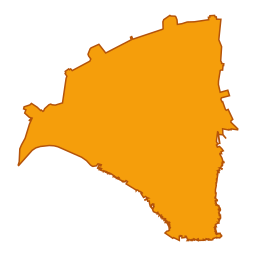 outline of Sector 1, Bucharest, Romania
{"feature_id": "2599482B44480573036225", "entity_name": "Sector 1", "entity_type": "district", "adm_level": 2, "iso_a3": "ROU", "parent_name": "Romania", "parent_adm1": "Bucharest", "projection": "equal_earth", "projection_center": [26.069, 44.488], "detail": "fine", "context": "isolated", "style": "filled", "palette": "amber", "viewbox_px": 256, "rotation_deg": 0, "n_neighbors": 0, "source": "geoboundaries", "source_scale": "gbopen_adm2", "svg_char_len": 5992}
<svg xmlns="http://www.w3.org/2000/svg" viewBox="0 0 256 256"><path d="M18.2,165.0L18.7,165.5L32.2,150.3L35.8,147.9L40.3,146.5L49.3,145.5L54.1,145.8L58.0,146.8L81.6,157.2L86.5,160.6L90.5,165.0L92.1,166.1L92.9,166.4L96.4,165.8L98.0,163.8L101.3,164.7L100.8,165.9L99.0,165.2L97.3,168.8L97.9,168.0L98.8,168.3L99.0,167.9L98.3,167.3L99.8,168.0L99.1,169.6L99.3,169.6L100.1,168.0L101.6,168.6L100.5,170.1L103.2,171.2L103.8,170.7L104.5,171.2L104.2,171.6L105.5,171.3L106.3,171.6L105.9,172.3L106.2,172.4L106.4,172.0L107.0,172.0L107.1,172.4L107.8,172.7L107.7,173.0L108.8,172.7L109.2,173.0L108.8,173.5L109.9,173.2L110.3,173.5L110.2,174.1L111.1,173.8L111.5,174.1L111.2,174.5L111.7,174.2L112.5,174.8L112.4,175.3L112.7,174.9L113.5,175.5L113.4,176.0L114.2,175.8L114.5,176.2L114.2,176.5L114.7,176.4L115.5,176.9L115.2,177.2L116.5,177.6L116.4,178.1L116.9,177.9L116.6,178.3L117.3,178.8L118.6,177.5L119.0,177.8L118.6,178.4L119.3,178.8L118.9,179.3L122.3,181.0L122.2,181.5L122.9,181.9L122.8,182.4L123.8,181.2L124.9,181.9L126.0,180.6L127.5,181.6L126.1,183.9L136.1,190.0L136.2,190.8L136.9,189.9L137.4,190.0L138.5,190.6L139.0,191.5L140.2,191.5L141.1,192.6L141.5,192.3L142.2,193.0L141.1,193.6L143.6,197.5L145.5,196.5L146.6,197.4L148.3,198.1L146.5,198.6L146.7,199.2L144.9,199.8L145.0,200.1L147.3,199.2L147.7,201.2L149.3,201.1L149.4,203.0L150.3,206.4L152.6,209.1L152.7,208.2L152.3,208.2L151.3,206.3L151.6,204.8L152.2,205.0L152.5,203.9L153.8,204.1L153.7,206.3L154.0,206.5L152.6,209.6L153.4,211.6L156.4,213.0L157.8,212.3L158.0,212.9L157.4,213.9L158.7,213.9L159.3,214.7L159.1,215.6L159.6,215.2L160.0,215.5L160.7,215.3L160.5,215.6L161.0,215.9L160.6,216.5L161.0,217.4L162.0,216.3L162.6,216.9L161.7,218.0L162.7,218.3L162.5,218.8L164.1,218.6L164.0,220.2L164.9,219.7L165.0,218.6L165.5,218.7L164.8,220.9L165.6,219.9L165.9,220.2L165.4,221.4L165.8,221.2L165.7,221.8L166.6,220.9L167.3,221.4L166.6,222.7L167.5,222.9L167.1,223.2L167.5,223.8L169.0,222.0L169.7,222.4L169.8,222.8L168.0,224.8L168.4,225.6L169.6,224.8L169.8,225.0L168.5,225.9L168.9,226.6L169.2,226.5L169.1,227.1L169.8,226.7L170.3,227.6L169.7,227.9L169.8,228.5L169.1,229.1L169.5,230.0L168.3,230.9L166.8,231.2L165.0,233.0L172.8,238.3L173.6,237.6L179.3,240.4L179.3,236.3L180.2,236.4L180.3,235.6L181.8,235.8L181.9,237.9L185.1,237.5L185.2,236.2L186.2,236.3L187.7,239.9L187.2,240.6L188.7,240.6L188.7,239.4L188.9,239.4L189.0,239.8L190.5,239.9L190.9,240.5L191.5,240.5L190.9,239.8L191.2,239.6L192.1,240.3L193.1,240.1L191.9,239.1L193.5,240.1L193.1,239.5L193.5,239.1L193.6,239.5L194.1,239.2L194.2,240.0L194.6,240.2L195.2,239.5L197.3,240.3L196.8,239.5L198.2,238.8L198.6,240.4L203.3,240.3L203.3,239.3L203.6,239.4L203.7,240.2L204.3,240.2L204.3,239.8L205.0,240.2L205.2,239.7L206.1,239.6L206.1,238.7L206.7,238.8L206.7,239.4L208.3,239.0L208.3,240.1L209.8,240.0L209.8,239.5L211.0,240.1L212.8,239.7L213.0,238.6L216.5,237.4L216.9,238.0L217.3,237.6L219.8,237.9L220.4,237.0L221.5,236.5L221.3,235.9L221.6,235.4L220.6,234.6L220.1,233.3L219.0,233.7L218.8,233.3L216.6,234.5L216.2,234.2L216.0,233.7L217.1,233.4L216.5,232.2L215.6,232.5L215.7,231.6L215.3,231.4L216.1,230.9L215.8,229.9L215.1,230.1L214.8,229.1L215.3,228.9L215.3,228.3L214.8,227.9L215.5,227.8L214.9,227.1L214.9,226.4L216.3,226.6L215.5,224.5L217.7,223.2L218.6,223.1L218.2,222.6L218.8,222.8L219.2,220.6L218.5,219.2L219.5,219.5L219.5,218.9L219.9,218.9L219.8,218.4L220.5,218.3L220.6,217.8L220.5,215.8L219.4,215.7L219.3,215.3L220.0,214.8L219.2,214.4L219.0,213.9L219.4,213.6L218.9,213.0L219.2,212.9L219.0,212.1L219.4,210.8L220.1,210.8L220.3,210.3L218.5,209.9L218.4,209.4L220.3,209.3L220.1,208.4L219.7,208.5L219.6,207.8L219.1,207.8L219.1,206.3L218.7,205.6L218.0,205.8L217.5,204.9L216.1,205.2L216.0,204.8L216.4,204.7L216.3,203.2L216.1,202.7L215.5,202.8L216.0,201.4L215.3,201.2L215.3,200.7L217.3,200.7L217.3,200.0L216.1,199.1L215.7,198.2L215.1,198.2L215.0,197.3L215.6,197.3L216.1,193.1L215.5,193.1L215.4,190.3L215.0,190.2L215.4,190.1L215.9,187.1L215.4,186.9L216.0,186.9L216.3,185.1L215.7,184.8L216.0,184.8L216.1,184.2L216.1,182.8L216.5,182.9L216.6,182.1L216.2,182.0L216.7,182.0L217.0,180.0L216.5,179.9L216.6,178.8L217.1,178.8L217.7,174.8L217.1,174.7L217.2,174.1L217.7,174.2L217.7,172.3L219.0,172.6L219.2,172.1L218.1,171.2L219.1,170.6L218.5,170.4L219.0,170.3L219.6,168.3L221.9,169.2L222.1,168.6L219.9,167.8L220.7,167.6L220.9,167.1L220.4,166.9L221.0,166.9L221.3,166.1L220.9,165.8L222.1,166.0L222.6,165.1L221.4,164.6L222.0,164.7L222.4,164.0L222.0,163.3L222.7,163.3L223.0,162.6L222.5,162.2L223.8,162.7L224.0,162.3L223.4,162.0L223.5,161.6L222.5,161.6L222.7,160.5L221.9,157.9L219.8,154.1L219.9,153.5L221.6,153.7L221.1,151.7L223.3,150.8L221.8,148.7L219.5,146.4L217.4,147.1L216.5,145.1L217.5,144.7L217.3,144.3L218.1,143.8L216.8,142.5L216.4,141.2L217.6,131.9L218.2,132.2L218.8,138.7L219.5,143.3L219.8,143.3L218.5,134.4L222.8,134.8L226.1,138.5L222.9,134.5L222.6,128.8L228.8,130.0L228.9,129.5L231.1,129.8L231.2,128.9L237.6,129.8L237.8,128.9L230.9,122.2L231.0,120.8L232.8,119.4L232.6,118.9L228.1,109.4L226.3,110.3L225.3,109.2L222.7,101.8L222.2,102.0L220.8,99.2L221.5,97.8L229.5,95.7L227.8,90.2L220.2,92.3L218.4,84.5L218.5,81.0L220.2,70.5L221.2,70.0L222.6,70.1L223.0,65.6L223.6,65.6L223.8,63.8L221.6,63.5L221.7,62.8L220.7,60.8L221.6,46.7L218.8,39.7L220.9,19.3L216.6,19.2L216.3,16.9L215.1,16.8L214.6,15.4L209.9,15.7L209.8,17.1L208.4,17.3L208.7,19.7L194.3,21.8L187.2,22.0L181.9,23.7L177.4,24.4L177.0,19.8L175.8,16.8L175.1,16.2L170.8,16.0L169.9,15.4L163.8,19.6L162.9,21.8L163.1,28.7L162.7,29.2L132.8,39.2L131.7,36.6L130.5,37.2L131.2,39.8L105.7,53.0L98.9,44.3L91.0,47.9L90.1,48.9L88.0,54.2L88.6,55.9L90.8,59.0L89.8,61.2L72.2,70.6L70.7,68.9L69.5,69.7L68.7,68.9L65.2,71.4L65.7,72.9L65.1,73.6L66.9,76.2L66.1,78.4L62.5,102.9L55.3,105.1L52.2,104.8L50.7,104.1L49.0,104.7L44.6,108.7L43.7,110.8L42.9,111.4L41.2,110.0L40.6,110.5L37.2,107.2L31.4,103.4L29.9,104.9L24.1,106.8L23.6,108.9L25.9,109.8L24.7,113.1L29.3,117.3L31.7,118.0L28.8,120.8L31.6,119.3L29.5,124.0L25.1,138.3L21.5,144.9L19.8,148.9L19.2,161.8L18.2,165.0Z" fill="#f59e0b" stroke="#b45309" stroke-width="1.5"/></svg>